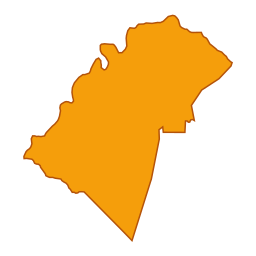 Porto Alegre do Piauí, Piauí, Brazil
{"feature_id": "56859067B75829579303444", "entity_name": "Porto Alegre do Piauí", "entity_type": "district", "adm_level": 2, "iso_a3": "BRA", "parent_name": "Brazil", "parent_adm1": "Piauí", "projection": "albers", "projection_center": [-44.088, -6.981], "detail": "fine", "context": "isolated", "style": "filled", "palette": "amber", "viewbox_px": 256, "rotation_deg": 0, "n_neighbors": 0, "source": "geoboundaries", "source_scale": "gbopen_adm2", "svg_char_len": 2015}
<svg xmlns="http://www.w3.org/2000/svg" viewBox="0 0 256 256"><path d="M24.1,158.6L26.5,158.4L31.9,159.2L33.4,160.6L34.6,163.2L36.3,164.0L38.6,164.3L40.2,165.7L40.6,167.3L45.3,173.8L45.9,175.7L48.1,176.8L49.6,177.4L52.8,177.4L55.2,178.2L57.4,178.5L59.6,178.8L61.0,179.1L61.8,180.5L63.7,181.9L66.1,183.2L67.8,185.1L68.9,188.0L70.3,189.3L72.2,192.3L74.2,192.3L75.8,193.2L77.8,192.9L79.1,191.8L81.7,191.7L84.1,191.9L90.5,198.4L122.4,230.7L132.0,240.6L150.6,181.3L151.3,179.3L159.3,139.0L159.1,133.4L159.0,129.7L162.7,126.9L163.3,132.3L184.9,132.4L185.5,121.0L187.2,121.0L188.3,122.2L189.7,122.1L190.7,119.9L192.6,119.5L194.3,120.5L191.4,105.4L201.7,90.0L219.0,78.7L231.0,66.0L232.1,62.6L230.6,61.7L227.6,58.9L226.3,56.4L225.0,55.4L223.9,54.4L221.7,52.1L219.2,51.1L217.3,50.3L216.0,48.9L213.2,46.6L211.7,45.4L209.8,43.9L207.1,39.0L205.9,37.8L204.3,37.2L203.1,36.1L202.0,34.1L201.3,32.4L198.8,32.4L193.2,32.5L191.3,32.4L189.6,31.7L186.8,29.2L185.0,29.2L181.5,27.5L180.0,25.9L178.3,20.0L176.6,17.6L174.8,15.9L172.7,15.4L168.3,16.5L163.3,21.3L160.4,22.6L157.5,22.5L152.1,23.4L146.1,23.0L143.7,24.0L138.6,24.2L136.9,25.9L136.1,27.3L134.5,28.3L129.9,27.8L127.8,30.7L126.5,35.5L126.2,38.3L126.8,46.1L125.3,49.3L122.0,52.7L118.6,52.7L115.9,47.3L114.3,45.1L113.1,44.3L110.4,44.3L104.5,43.8L101.5,44.2L100.3,45.4L100.3,49.7L100.6,51.1L101.8,53.6L105.6,56.9L108.5,61.9L108.4,64.3L107.3,67.0L105.8,69.3L104.1,69.9L101.2,67.6L101.3,65.1L100.8,62.5L100.8,60.8L98.6,58.1L96.1,59.4L93.4,63.9L91.0,68.7L90.4,71.0L89.3,73.1L84.9,74.6L82.9,74.6L78.9,77.4L74.5,82.7L73.7,84.4L72.4,87.7L72.1,91.0L72.0,92.5L72.7,97.2L73.3,99.2L73.5,101.2L71.9,102.9L70.0,102.7L68.6,101.9L66.1,101.6L64.5,102.1L61.5,103.9L60.4,105.1L59.9,107.9L60.5,110.8L59.5,116.3L58.3,119.6L57.4,121.1L54.7,124.2L52.4,126.1L46.4,132.5L45.4,134.1L44.6,135.9L41.0,136.6L38.3,136.3L36.6,136.5L34.8,135.9L32.6,135.9L31.3,138.8L31.9,143.8L30.9,146.8L29.6,148.6L27.4,150.2L26.1,151.6L24.3,155.5L23.9,156.7L24.1,158.6Z" fill="#f59e0b" stroke="#b45309" stroke-width="1.5"/></svg>